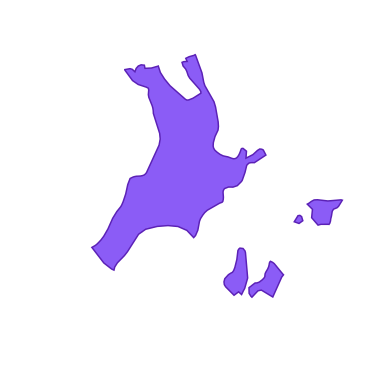 map outline of Sharjah (orthographic projection), rotated 38°
{"feature_id": "ARE-348", "entity_name": "Sharjah", "entity_type": "Emirate", "adm_level": 1, "iso_a3": "ARE", "parent_name": "United Arab Emirates", "parent_adm1": "", "projection": "orthographic", "projection_center": [55.908, 25.102], "detail": "fine", "context": "isolated", "style": "filled", "palette": "violet", "viewbox_px": 384, "rotation_deg": 38, "n_neighbors": 0, "source": "natural_earth", "source_scale": "10m", "svg_char_len": 3019}
<svg xmlns="http://www.w3.org/2000/svg" viewBox="0 0 384 384"><g transform="rotate(38 192 192)"><path d="M221.4,226.9L211.6,225.4L202.2,227.8L193.8,233.2L192.7,234.2L185.8,240.5L178.4,249.9L175.9,258.2L177.9,278.8L177.9,283.8L176.8,293.8L177.3,298.7L178.6,301.6L176.1,302.2L166.2,302.2L147.2,297.3L148.5,294.2L149.1,292.2L149.5,289.2L149.8,285.7L149.7,281.2L148.5,272.8L145.7,261.6L144.8,253.7L144.9,247.4L144.6,245.4L143.7,242.0L141.0,234.4L136.8,225.7L134.9,219.5L135.0,219.3L135.0,219.2L136.4,216.4L137.2,215.3L138.4,213.9L141.5,211.2L142.8,209.7L143.8,208.1L144.2,206.4L144.2,204.7L137.2,175.3L134.3,169.8L130.4,165.7L113.2,153.9L111.4,151.8L109.5,150.0L107.6,148.6L99.7,144.0L97.7,142.2L95.1,138.3L93.7,137.1L91.5,137.5L83.4,140.4L76.5,140.8L64.1,137.3L63.7,136.9L67.2,133.0L69.4,132.1L73.0,132.4L71.9,129.0L72.1,125.8L73.6,123.1L76.4,121.4L78.8,123.5L83.7,119.3L87.9,113.5L88.0,113.6L93.5,117.3L100.8,119.9L109.3,121.8L129.7,123.0L131.4,122.7L132.7,121.5L135.0,117.6L138.2,108.7L137.1,107.4L134.6,106.4L120.1,103.7L117.3,102.6L113.7,100.2L111.3,99.0L107.4,98.2L104.6,96.2L104.3,96.0L105.2,94.4L107.8,92.1L104.8,90.5L106.4,87.2L109.5,83.0L109.9,81.8L110.0,81.8L110.7,82.1L126.5,92.0L133.7,98.3L136.7,100.3L153.7,107.3L158.2,110.5L169.4,120.6L172.5,124.1L174.4,127.2L176.0,134.2L178.4,139.9L180.4,142.8L182.0,144.1L184.3,145.0L187.3,145.2L190.8,145.1L194.1,144.4L195.9,143.6L198.7,142.2L202.2,141.1L204.0,140.4L205.3,139.3L206.1,137.8L206.3,135.8L206.0,133.4L205.4,131.1L204.3,127.8L204.6,126.8L205.4,126.2L209.8,126.3L213.7,132.1L217.0,125.0L218.0,118.9L218.9,116.4L220.7,115.3L222.3,115.0L227.5,117.4L223.1,130.5L221.2,131.9L220.3,132.7L219.2,133.9L218.8,135.8L218.7,137.3L221.7,143.9L224.4,151.9L224.5,153.4L223.8,159.1L221.3,162.9L217.7,165.6L215.5,169.3L215.6,170.6L215.9,171.9L216.8,173.3L219.9,176.7L221.2,178.6L222.1,180.5L222.0,181.6L220.6,183.9L215.3,196.9L214.7,200.4L214.7,203.6L215.1,207.7L215.9,210.4L220.1,218.5L221.6,224.2L221.4,226.8L221.4,226.9ZM267.0,205.1L270.0,205.8L271.5,206.9L288.8,225.5L292.9,235.6L293.3,238.1L294.2,242.3L290.2,242.0L288.7,247.5L276.9,246.0L274.5,245.1L272.5,243.1L271.2,240.1L271.6,234.7L272.5,232.1L273.3,230.4L273.2,228.3L272.2,225.0L268.9,217.6L264.2,209.8L264.0,208.0L264.3,206.7L267.0,205.1ZM320.3,225.0L307.1,226.6L306.0,227.8L304.8,229.3L304.0,238.0L302.6,237.9L299.4,236.7L295.8,232.3L297.7,224.9L299.2,223.6L300.5,221.5L301.4,218.0L301.7,215.6L301.5,213.8L300.7,212.7L299.9,211.3L299.5,209.7L299.0,205.9L298.4,203.7L297.6,201.9L296.8,200.5L296.4,199.4L296.5,198.3L298.8,197.8L300.9,197.8L313.8,200.7L315.1,200.9L315.1,203.9L320.3,225.0ZM311.7,140.5L302.1,138.6L297.6,131.5L290.3,130.6L291.1,128.7L291.8,126.0L293.1,123.1L295.6,120.9L304.6,115.4L314.3,106.4L315.5,105.9L316.3,113.1L316.0,115.1L314.1,118.4L314.4,120.9L316.7,125.1L317.9,127.8L319.0,129.6L319.8,131.7L319.9,133.2L319.6,133.3L313.5,138.1L311.7,140.5ZM293.5,143.9L297.0,146.4L295.7,150.9L290.9,152.5L290.1,145.4L291.4,144.0L293.5,143.9Z" fill="#8b5cf6" stroke="#5b21b6" stroke-width="1.5"/></g></svg>